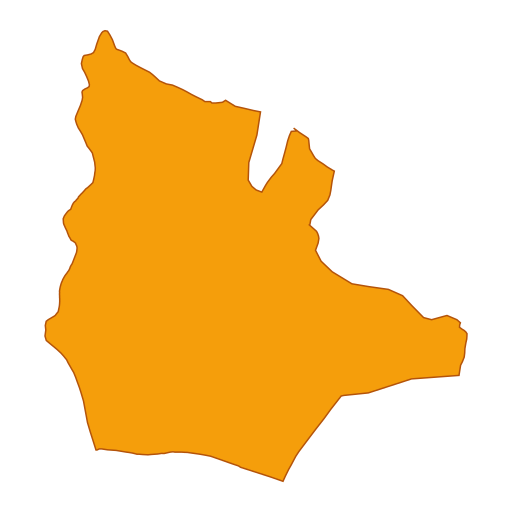 outline of Cap Estate/Becune Point, Gros Islet, Saint Lucia
{"feature_id": "8701671B82829723168564", "entity_name": "Cap Estate/Becune Point", "entity_type": "district", "adm_level": 2, "iso_a3": "LCA", "parent_name": "Saint Lucia", "parent_adm1": "Gros Islet", "projection": "robinson", "projection_center": [-60.952, 14.093], "detail": "fine", "context": "isolated", "style": "filled", "palette": "amber", "viewbox_px": 512, "rotation_deg": 0, "n_neighbors": 0, "source": "geoboundaries", "source_scale": "gbopen_adm2", "svg_char_len": 3908}
<svg xmlns="http://www.w3.org/2000/svg" viewBox="0 0 512 512"><path d="M460.4,322.8L456.9,319.7L447.0,315.5L443.2,316.5L431.6,319.7L423.6,317.6L411.8,305.6L402.6,295.7L388.4,289.4L368.6,286.6L351.9,283.8L332.2,271.8L321.1,261.2L315.5,250.3L318.1,243.1L318.9,238.5L318.5,236.0L317.6,233.4L316.5,231.3L309.3,224.9L309.9,224.4L310.8,219.5L314.1,215.2L318.1,209.9L323.5,204.9L327.7,200.4L329.9,195.0L330.8,190.4L331.4,186.1L332.2,180.7L334.3,171.1L332.4,170.1L327.3,167.0L323.2,164.0L317.9,160.6L315.3,158.4L313.5,155.6L311.4,151.9L309.6,148.9L309.2,145.2L308.7,140.2L308.3,138.5L306.0,136.8L299.6,132.6L293.6,128.1L297.1,130.9L291.3,131.4L289.4,135.7L287.7,140.8L286.0,147.8L284.5,153.4L283.0,158.8L281.8,163.6L274.5,173.6L271.3,177.2L267.4,182.4L265.6,185.3L261.8,192.1L256.2,190.0L251.9,186.4L248.2,180.1L248.8,162.5L256.9,135.0L260.5,111.9L253.4,110.5L244.1,108.3L235.2,106.3L225.6,100.3L222.4,102.3L215.9,103.0L211.9,103.0L210.4,101.6L204.9,101.6L202.3,99.8L195.9,96.7L191.4,94.4L186.8,91.8L182.6,89.6L177.6,87.3L172.5,85.1L166.2,83.9L159.4,80.9L155.9,77.6L152.9,74.9L149.5,72.2L144.5,69.7L140.4,67.6L135.9,65.2L132.5,63.1L131.1,62.1L130.2,61.0L129.4,59.8L127.8,56.6L125.6,53.0L122.0,51.2L119.6,50.3L116.5,49.2L115.7,48.2L114.7,46.0L112.4,39.7L109.9,35.0L107.5,31.2L105.0,30.7L103.0,31.5L101.7,32.8L99.4,36.6L96.7,44.2L95.2,49.4L93.5,52.6L92.6,53.1L91.1,54.0L87.6,54.9L84.2,55.5L83.2,56.6L82.3,59.4L81.4,63.6L82.5,68.6L84.6,72.2L86.7,76.7L88.5,81.1L89.4,84.6L89.2,86.5L87.5,87.8L84.9,89.0L82.6,90.6L82.0,92.1L82.3,94.2L82.6,97.4L82.1,100.4L80.4,105.5L78.1,110.9L75.8,116.5L75.3,119.2L75.9,121.6L76.7,124.2L78.3,127.9L80.4,131.2L82.5,134.8L84.4,139.3L85.8,142.6L87.2,146.1L88.9,148.2L90.4,150.2L92.3,152.9L94.4,161.1L94.7,162.3L95.0,165.3L95.3,167.9L95.2,170.6L94.8,172.9L94.5,175.6L93.7,179.3L92.9,182.6L91.0,184.5L87.3,187.9L86.7,188.2L85.6,189.1L84.8,190.1L83.4,191.7L81.7,193.5L80.7,194.4L79.8,195.5L78.6,196.7L77.9,198.3L76.5,199.7L75.5,201.1L74.6,201.6L73.3,203.2L72.3,205.1L71.5,207.1L70.7,209.3L68.4,210.8L67.2,212.1L66.0,213.7L65.1,214.9L64.3,216.1L63.6,217.8L63.2,218.8L63.5,223.1L63.8,224.2L64.3,225.4L65.0,226.9L65.2,227.5L66.9,230.9L67.5,232.7L68.3,234.7L68.9,236.3L69.8,237.7L70.5,239.0L71.0,240.0L72.1,240.7L73.0,241.1L73.9,241.8L74.7,242.3L75.5,243.1L75.7,243.7L76.1,244.6L76.8,246.1L77.1,247.8L77.0,249.1L76.8,250.7L76.5,252.5L72.6,262.6L72.0,264.0L71.3,265.0L70.4,266.6L69.7,268.6L69.3,269.5L68.7,270.6L68.1,271.4L67.4,272.3L66.8,273.3L65.8,274.5L65.1,275.5L64.7,276.1L63.3,278.6L62.7,279.7L62.2,281.2L61.8,281.9L61.3,283.2L60.9,284.5L60.5,285.9L60.2,287.1L60.0,288.1L59.8,289.1L59.5,291.1L59.6,292.8L59.5,294.0L59.6,295.9L59.6,297.6L59.7,298.7L59.7,301.6L59.6,303.4L59.5,304.7L59.4,305.7L59.2,307.0L58.9,308.3L58.2,311.7L56.7,313.5L55.2,315.5L53.8,316.4L48.2,319.7L46.2,321.3L45.3,325.5L45.8,330.0L45.0,336.0L45.8,338.8L46.3,340.5L51.1,344.5L57.0,349.4L61.0,353.1L63.6,356.0L65.6,358.5L66.6,359.7L68.1,362.8L71.7,369.1L73.7,372.5L75.7,377.4L77.2,381.6L79.3,387.3L80.8,391.9L82.0,395.9L83.5,401.0L86.3,416.1L87.5,422.6L90.3,432.0L92.6,439.2L96.0,450.0L97.0,450.0L99.3,448.9L101.6,448.9L107.5,449.8L116.1,450.4L126.3,452.1L128.6,452.4L132.2,453.0L134.7,453.6L137.0,454.2L139.1,454.2L142.4,454.5L148.0,454.8L150.8,454.5L153.4,454.3L157.7,454.0L161.5,453.4L164.1,453.5L170.2,452.1L173.0,451.8L174.8,452.1L181.2,452.1L183.2,452.2L184.2,452.3L187.3,452.4L191.4,453.0L199.9,454.2L205.0,455.1L210.6,456.2L232.8,464.0L238.5,465.9L240.6,467.3L269.8,476.7L283.0,481.3L285.3,476.2L288.6,469.5L291.1,465.1L295.7,456.4L298.9,451.5L309.6,437.3L315.9,429.0L323.8,418.9L328.6,412.3L330.7,409.4L341.2,396.0L343.9,395.4L368.3,392.9L411.5,378.9L459.0,375.4L459.8,370.2L460.6,365.2L462.4,361.7L464.2,357.1L464.7,353.0L464.9,348.6L465.9,342.7L466.7,339.2L466.9,336.4L467.0,333.7L465.7,331.8L463.8,330.2L462.5,329.5L459.5,327.3L459.7,324.7L460.4,322.8Z" fill="#f59e0b" stroke="#b45309" stroke-width="1.5"/></svg>